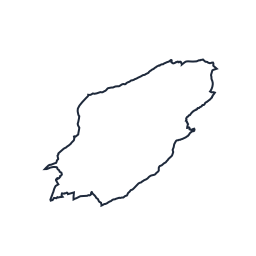 outline of Caldas, Boyacá, Colombia, rotated 43°
{"feature_id": "7082276B54431316283540", "entity_name": "Caldas", "entity_type": "district", "adm_level": 2, "iso_a3": "COL", "parent_name": "Colombia", "parent_adm1": "Boyacá", "projection": "equal_earth", "projection_center": [-73.872, 5.576], "detail": "fine", "context": "isolated", "style": "outline", "palette": "slate", "viewbox_px": 256, "rotation_deg": 43, "n_neighbors": 0, "source": "geoboundaries", "source_scale": "gbopen_adm2", "svg_char_len": 5731}
<svg xmlns="http://www.w3.org/2000/svg" viewBox="0 0 256 256"><g transform="rotate(43 128 128)"><path d="M94.3,171.1L95.2,171.7L95.7,172.0L96.0,172.7L96.6,173.4L96.8,174.4L96.7,177.3L96.9,178.5L96.6,181.1L96.1,183.1L96.0,184.5L95.5,185.7L95.1,187.0L94.4,193.9L94.5,194.3L95.1,194.8L95.3,196.3L98.0,198.2L98.2,198.6L98.1,199.2L98.1,199.9L98.3,200.5L98.7,201.1L99.2,202.5L98.3,204.1L96.7,207.5L96.1,208.0L95.7,208.7L95.4,209.7L95.2,212.9L95.2,214.8L96.5,213.5L97.2,212.2L98.1,210.1L98.7,209.2L100.0,207.4L100.5,206.9L102.3,205.5L102.7,205.3L103.4,205.4L104.0,205.9L104.7,206.1L106.5,205.9L107.9,206.6L109.7,206.1L110.1,206.3L111.3,207.1L111.5,207.9L111.5,208.2L111.1,209.4L111.7,209.9L111.6,210.6L111.8,211.2L111.8,211.8L111.7,212.0L110.6,212.7L110.5,212.9L110.5,213.2L111.3,213.3L111.3,213.6L110.5,214.4L110.5,214.7L110.7,215.1L110.9,215.3L114.0,216.3L115.5,216.7L114.7,219.4L114.6,219.6L114.9,221.0L115.6,223.0L117.0,225.7L117.6,227.4L118.5,229.3L118.7,230.1L118.9,230.3L119.3,231.4L120.1,233.3L121.0,233.8L121.6,232.7L122.0,232.2L121.6,229.6L123.6,228.1L123.5,226.8L123.9,226.7L124.3,226.5L125.3,225.0L126.1,224.2L127.1,222.9L126.6,222.8L126.3,222.9L125.6,222.8L125.0,222.1L124.5,221.3L124.3,220.8L126.1,219.6L126.2,218.9L127.0,218.2L127.2,217.3L127.4,216.9L127.7,216.8L128.6,216.9L129.2,217.3L132.4,212.0L135.2,215.6L136.9,217.4L137.5,215.7L138.2,214.4L139.5,210.8L140.0,210.0L140.5,209.5L144.3,205.5L144.5,205.2L144.7,204.5L144.8,204.2L145.9,203.4L146.1,202.8L146.2,201.7L145.6,201.1L145.4,200.8L145.1,200.1L145.1,199.6L145.3,199.5L146.5,200.0L147.1,200.1L149.5,200.1L151.2,200.3L152.0,200.7L153.0,200.7L154.4,200.5L156.6,201.4L157.4,201.5L157.6,201.5L158.4,201.2L159.3,201.1L161.2,202.4L161.5,202.8L161.9,201.9L162.4,200.2L162.6,199.7L163.1,199.2L163.4,198.7L164.1,197.0L164.2,196.0L164.8,194.1L165.2,193.5L165.4,192.9L165.6,191.3L166.0,190.3L167.1,189.0L167.4,188.1L169.1,185.1L169.5,184.7L169.9,184.6L170.4,183.9L170.8,183.2L172.0,182.0L172.1,181.4L172.2,180.2L172.5,179.4L173.2,178.2L173.1,177.4L172.6,176.2L172.4,175.3L172.6,173.5L172.4,171.6L172.7,171.0L173.1,170.3L173.3,169.5L173.4,168.3L173.5,161.4L173.9,160.2L174.6,159.0L174.8,158.5L174.8,157.5L175.2,156.3L175.4,155.2L176.3,153.2L176.7,151.6L176.7,149.4L177.1,147.5L177.7,146.4L179.0,144.5L179.4,143.6L179.5,143.2L179.4,141.8L179.7,139.4L179.6,138.5L179.5,138.1L177.7,136.2L177.3,135.3L177.2,134.5L177.2,134.1L178.1,132.3L178.4,129.3L179.0,127.5L179.0,126.8L178.9,126.2L178.9,123.9L178.7,123.1L179.0,119.2L179.0,118.3L178.7,117.4L177.6,115.0L177.4,114.7L175.6,113.6L174.5,110.9L172.9,108.4L172.7,107.7L172.0,105.0L172.0,104.2L172.3,103.5L173.1,102.7L173.4,101.8L174.3,100.9L174.5,100.1L175.2,99.0L176.1,96.7L176.6,95.5L176.9,93.8L177.2,93.3L177.2,92.8L177.1,92.3L177.2,91.2L176.9,90.4L176.8,89.5L177.0,87.6L177.3,86.6L178.2,85.5L178.3,85.0L177.9,84.6L177.9,84.2L177.5,84.1L177.4,83.6L177.1,83.6L176.8,83.5L176.7,83.9L176.3,84.3L176.0,85.4L175.4,86.4L174.9,86.3L174.6,86.5L174.2,86.6L174.1,86.9L173.9,87.0L173.0,86.1L172.6,85.9L172.3,85.9L171.9,86.2L171.4,87.4L171.2,87.6L170.5,86.7L170.5,86.4L170.2,85.9L169.6,85.2L169.3,84.2L168.2,83.9L167.9,83.7L167.5,83.8L167.2,83.6L167.0,83.3L166.9,83.3L166.5,83.4L166.2,83.2L165.9,83.2L165.6,83.1L165.5,82.5L165.4,82.4L165.2,82.7L164.8,81.8L164.6,81.8L164.0,81.3L163.7,79.7L164.1,78.5L163.9,77.5L163.9,77.2L164.4,76.4L164.5,76.1L164.2,74.5L164.2,71.6L164.5,71.2L164.5,70.3L164.7,69.6L165.3,68.7L165.2,68.0L165.6,67.6L165.7,67.1L165.4,66.4L165.5,65.7L166.0,65.4L166.3,65.0L166.4,63.7L166.5,63.3L166.8,62.8L167.0,61.9L167.0,61.5L166.8,61.1L166.9,60.6L167.0,60.2L167.6,59.6L167.7,59.4L167.8,58.8L167.6,57.8L167.4,57.2L167.4,56.6L167.6,55.8L167.9,55.2L167.9,54.6L168.2,53.4L168.2,52.7L168.5,51.7L168.5,51.2L168.5,49.7L168.6,48.4L168.2,47.9L168.1,47.0L167.8,46.6L167.6,44.0L167.4,42.9L166.1,43.5L165.0,44.7L164.5,45.0L163.1,45.3L163.0,44.3L162.4,42.2L161.5,40.2L160.3,38.4L159.2,37.2L157.4,36.0L156.4,35.6L155.4,35.0L154.1,33.7L152.9,32.9L152.4,32.3L150.5,28.5L150.4,28.2L150.8,27.2L152.5,24.1L148.0,24.3L147.8,24.2L146.5,22.6L146.1,22.4L145.5,22.2L144.9,22.8L144.5,23.4L144.3,24.0L143.8,24.6L143.5,24.9L142.0,25.6L141.0,25.6L140.3,26.0L140.0,26.4L139.0,26.8L136.1,26.8L135.9,27.4L134.9,28.4L134.5,29.5L133.8,29.9L132.8,32.3L132.3,32.9L130.0,35.3L126.3,38.4L125.3,39.6L125.0,40.1L124.7,41.1L124.4,42.8L124.1,44.9L123.8,44.5L123.4,44.2L122.8,44.3L121.9,43.7L121.2,43.7L120.6,44.3L120.5,44.5L120.5,44.9L120.3,45.0L120.2,45.3L119.7,45.2L119.3,45.4L119.1,45.5L118.8,46.0L118.8,46.6L118.4,46.8L118.1,47.2L118.0,48.1L117.6,49.0L117.2,49.7L116.6,50.1L114.9,50.3L114.1,49.0L113.5,48.7L113.1,48.9L112.9,49.5L112.8,50.9L112.2,52.3L111.5,53.5L110.9,55.1L110.6,55.6L110.3,56.5L110.2,57.3L110.1,57.6L109.4,58.2L108.7,59.6L108.6,59.9L108.6,60.8L108.1,61.0L107.9,61.2L107.7,61.9L107.0,63.7L107.0,64.6L106.8,65.0L106.5,66.1L106.5,66.6L106.5,67.1L106.3,67.8L106.0,68.2L105.7,69.2L105.6,70.2L105.3,71.1L105.1,72.7L105.3,73.7L104.2,76.6L104.0,77.6L103.7,78.1L103.1,78.8L102.8,79.4L102.2,81.5L101.0,84.4L100.8,85.2L100.2,86.7L99.6,87.8L99.5,88.5L99.1,89.3L98.7,90.1L97.9,91.0L97.8,91.5L97.6,92.7L97.4,93.3L96.5,95.2L96.2,96.4L96.3,97.2L96.2,97.7L95.6,98.4L94.9,98.7L94.1,99.7L93.8,100.4L93.1,103.3L92.6,104.0L91.9,104.6L90.4,106.3L89.4,108.6L88.1,109.9L86.3,112.4L86.1,113.2L86.2,114.7L86.1,116.2L85.8,116.8L85.0,119.2L84.1,120.1L83.3,120.6L81.5,124.0L80.1,125.9L79.4,126.3L78.7,126.8L78.3,128.5L77.7,129.7L76.3,130.8L76.8,131.2L76.9,131.5L77.0,132.9L76.9,134.2L76.9,140.3L77.2,144.7L78.1,148.0L79.5,149.8L80.3,150.5L82.6,152.1L83.4,152.5L84.3,152.6L85.6,154.4L87.6,157.7L88.4,159.3L89.8,160.2L92.2,161.0L93.1,162.3L95.4,165.9L95.9,166.5L96.0,166.8L95.5,170.1L94.9,170.3L94.6,170.5L94.3,171.1Z" fill="none" stroke="#1e293b" stroke-width="2"/></g></svg>